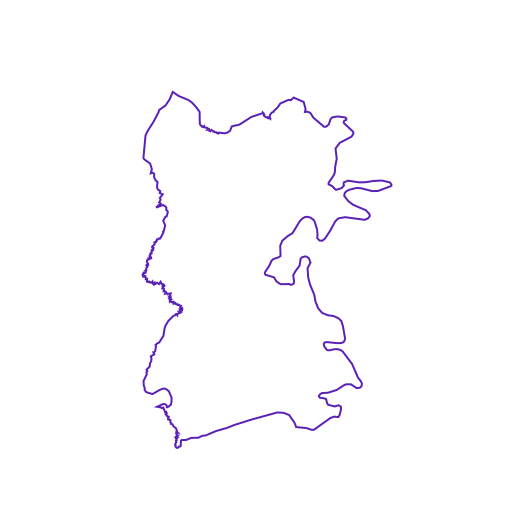 outline of Kham Ta Kla, Sakon Nakhon, Thailand, rotated 69°
{"feature_id": "78962969B89858575119676", "entity_name": "Kham Ta Kla", "entity_type": "district", "adm_level": 2, "iso_a3": "THA", "parent_name": "Thailand", "parent_adm1": "Sakon Nakhon", "projection": "orthographic", "projection_center": [103.783, 17.84], "detail": "fine", "context": "isolated", "style": "outline", "palette": "violet", "viewbox_px": 512, "rotation_deg": 69, "n_neighbors": 0, "source": "geoboundaries", "source_scale": "gbopen_adm2", "svg_char_len": 6155}
<svg xmlns="http://www.w3.org/2000/svg" viewBox="0 0 512 512"><g transform="rotate(69 256 256)"><path d="M430.1,279.8L434.7,270.6L438.1,266.5L439.0,264.2L433.9,244.7L434.0,240.5L435.9,236.9L434.2,234.7L429.7,231.7L427.9,230.9L426.6,231.0L424.9,232.5L424.6,236.5L420.7,242.0L418.8,242.4L414.8,241.8L413.4,243.2L411.2,247.2L409.6,247.6L408.3,246.4L407.6,243.7L409.4,237.9L410.0,228.8L408.1,219.8L408.2,217.5L409.8,213.4L415.5,209.3L416.2,206.3L415.4,204.2L413.2,202.9L410.9,202.9L406.0,204.4L391.2,205.0L376.5,209.2L374.3,210.5L372.3,213.1L371.1,216.2L370.4,221.1L369.4,223.3L365.0,224.7L362.4,224.3L361.3,222.7L362.0,220.2L366.4,211.6L367.8,207.6L367.9,206.2L367.2,204.0L364.9,202.4L352.8,200.0L347.4,199.6L343.5,201.4L339.7,205.3L337.1,210.1L332.9,214.6L327.2,216.7L319.5,216.8L313.2,215.5L301.6,215.8L294.4,214.9L285.8,212.2L281.7,207.5L276.9,207.5L275.0,208.8L274.0,210.2L273.7,213.3L274.5,215.3L280.6,218.7L284.2,224.5L287.4,228.2L293.6,229.6L295.2,230.6L295.6,232.2L295.3,234.1L294.2,234.8L291.1,243.2L287.3,245.9L282.3,246.9L277.0,253.8L275.7,254.1L274.2,253.2L269.7,246.9L265.9,243.1L265.1,240.9L265.3,235.5L264.8,233.1L255.1,229.7L251.2,226.0L249.0,220.0L247.6,213.5L239.3,202.8L237.7,199.5L237.2,196.1L237.8,194.1L239.5,191.5L242.7,189.4L245.3,188.9L253.2,189.5L257.9,190.8L261.1,192.4L264.3,191.2L265.5,188.6L264.3,185.1L258.9,177.6L251.9,169.4L250.4,165.6L251.7,158.9L261.1,141.7L261.1,138.2L259.9,135.9L258.5,135.1L257.0,135.2L252.6,137.1L243.2,146.8L237.8,150.2L231.4,152.1L228.8,150.4L227.9,148.2L227.6,145.1L228.5,137.6L230.6,133.3L237.0,124.4L239.0,118.8L239.1,105.4L238.8,104.3L237.8,104.0L235.3,104.6L230.7,111.4L228.1,119.2L226.2,127.9L224.2,133.4L218.7,143.0L218.7,147.5L220.1,148.5L221.7,148.6L223.3,151.7L223.0,157.2L222.4,158.0L218.1,159.8L215.1,162.5L213.7,162.0L208.6,154.7L206.3,152.5L200.7,149.9L194.2,145.8L184.1,143.2L180.3,137.2L178.8,124.1L176.9,121.4L175.8,120.9L174.1,121.1L163.7,126.2L162.3,126.1L161.4,125.2L161.2,122.8L159.8,122.4L158.4,123.4L155.0,129.7L153.9,135.0L154.9,137.3L159.3,141.0L160.4,144.2L159.7,146.2L147.5,152.8L141.6,154.1L139.5,156.7L139.1,158.7L136.4,157.0L129.3,156.3L121.6,164.1L123.0,167.4L121.9,169.8L122.3,178.6L125.1,182.6L127.0,187.4L127.7,187.9L127.8,189.9L129.3,192.3L131.3,193.7L132.3,193.2L133.0,193.5L132.3,193.9L131.6,195.5L130.7,195.3L130.3,196.6L128.5,198.1L127.3,198.3L127.1,197.7L125.7,197.7L124.6,198.2L125.1,198.4L124.5,210.3L127.4,224.3L126.3,232.1L129.7,235.2L130.5,238.3L130.3,241.1L127.7,246.0L128.1,247.1L127.4,247.0L127.1,248.5L126.3,248.7L125.8,250.0L124.9,250.4L124.7,251.3L123.9,251.3L122.2,252.5L123.2,254.0L121.9,255.1L120.7,254.5L120.5,256.1L119.9,255.3L119.1,255.4L117.3,258.2L116.2,257.9L116.6,259.2L116.1,260.0L115.5,259.8L114.4,260.8L112.5,261.1L101.2,257.0L95.3,258.6L90.2,260.6L86.1,263.2L79.1,270.7L73.0,274.9L78.8,280.5L83.1,286.6L85.0,294.1L86.9,295.5L93.9,303.5L100.5,312.4L103.8,315.9L124.2,326.0L125.9,325.6L131.7,321.7L137.6,322.1L141.1,324.6L141.1,322.8L142.7,321.6L146.4,323.0L149.8,322.4L151.5,321.4L155.8,323.6L157.3,323.9L158.9,323.7L161.0,322.1L162.7,323.3L165.0,321.0L167.4,325.0L169.3,324.9L171.3,327.3L172.6,326.1L173.7,326.3L173.6,328.6L175.0,331.9L175.1,324.4L177.5,322.7L178.8,322.4L180.8,323.3L182.5,322.5L183.6,322.7L187.1,325.3L186.9,326.6L189.9,330.0L194.8,329.8L199.5,333.0L200.0,334.1L201.0,334.1L205.3,339.1L204.8,340.1L205.4,340.8L205.0,342.6L206.5,343.4L206.4,344.2L207.2,344.6L207.0,345.6L207.4,345.4L207.5,346.0L208.9,346.6L209.9,349.4L210.4,349.1L210.9,349.7L211.8,348.8L212.8,349.5L213.0,350.9L213.8,350.5L214.2,351.9L216.0,352.4L215.8,353.2L216.3,353.4L216.2,354.1L217.6,354.5L217.9,355.5L218.6,355.5L219.4,354.5L220.5,354.6L220.6,355.8L219.8,357.2L220.7,357.2L220.6,358.8L222.3,360.0L224.5,359.5L225.8,359.9L225.8,360.4L224.9,360.8L225.3,361.7L227.2,361.3L228.0,362.8L229.4,363.1L230.0,364.8L230.9,364.1L232.0,365.0L232.0,366.3L231.3,366.9L232.9,368.7L233.6,368.7L234.1,367.6L235.0,368.4L235.4,366.5L236.6,367.0L237.6,366.4L238.1,366.9L238.3,365.8L240.9,367.0L241.6,365.9L241.5,365.1L242.2,365.1L242.4,364.2L243.1,364.0L243.4,362.9L242.8,361.9L243.9,362.1L244.3,360.6L245.2,362.0L246.3,361.4L245.6,357.8L247.5,356.6L245.9,354.3L247.9,354.2L248.5,353.5L250.2,353.9L249.5,352.6L251.0,352.1L251.7,353.3L251.1,353.8L252.8,355.1L253.8,353.7L255.9,354.9L256.1,353.9L257.2,353.0L258.6,354.3L258.7,352.7L259.6,352.5L260.4,349.0L262.0,350.2L263.1,350.3L262.7,351.4L264.4,350.7L264.2,352.4L265.2,352.2L266.1,351.3L266.1,352.2L267.5,352.7L267.1,351.7L268.8,351.4L269.1,349.5L270.2,348.7L270.1,350.0L271.0,350.1L270.9,349.1L272.8,347.4L272.9,346.5L273.8,346.6L274.1,345.2L275.3,344.7L275.7,343.9L277.4,345.6L279.3,345.6L279.4,345.2L278.0,344.4L278.0,343.7L278.8,343.6L280.4,344.7L280.4,345.3L279.6,346.2L281.3,346.0L280.4,348.0L281.9,347.5L281.9,350.1L282.8,350.6L281.7,350.8L281.5,351.5L282.4,352.4L282.2,354.3L285.2,361.1L288.5,365.3L290.7,367.2L297.3,371.0L302.1,377.4L302.1,379.3L303.1,381.7L304.0,381.5L308.7,384.2L309.6,385.8L309.3,386.3L311.4,386.2L311.9,390.1L314.5,390.4L316.7,391.6L318.2,393.4L321.2,394.9L322.8,398.9L324.6,398.7L325.2,399.9L327.3,400.4L332.4,405.8L336.4,407.1L339.9,407.3L341.0,408.0L343.7,407.3L347.8,402.2L346.5,393.8L346.5,390.3L347.5,388.0L351.0,385.8L358.0,385.6L361.6,387.0L364.3,388.7L365.5,392.6L365.2,393.4L363.4,393.0L362.1,393.6L360.9,395.5L361.3,402.4L363.5,398.8L364.4,398.4L364.3,396.8L368.9,396.8L369.2,395.7L370.0,395.6L370.8,395.8L370.6,396.9L371.2,397.1L372.6,396.4L373.0,396.7L374.8,395.1L375.7,396.3L376.5,396.4L377.0,395.9L377.3,396.4L378.6,394.7L380.3,395.5L381.6,395.1L382.1,395.6L383.3,394.2L385.5,394.1L388.1,392.4L390.8,392.5L391.2,393.0L392.8,392.3L392.0,393.5L392.7,394.1L393.9,393.9L395.1,394.4L395.5,393.5L395.8,394.4L396.8,394.1L396.4,395.4L397.2,395.3L397.1,396.0L398.1,395.4L398.3,395.9L399.6,396.1L399.5,396.9L401.4,397.2L402.6,398.9L403.8,398.8L404.5,399.5L406.2,399.1L407.0,398.3L407.0,397.4L406.2,396.4L406.7,395.0L406.3,394.3L401.4,392.2L401.2,391.1L402.7,387.3L402.6,381.7L405.0,374.8L404.6,370.3L405.5,367.4L405.1,355.9L406.1,344.6L406.0,336.8L407.0,319.9L409.7,292.2L412.3,286.4L416.4,282.0L425.3,279.8L430.1,279.8Z" fill="none" stroke="#5b21b6" stroke-width="2"/></g></svg>